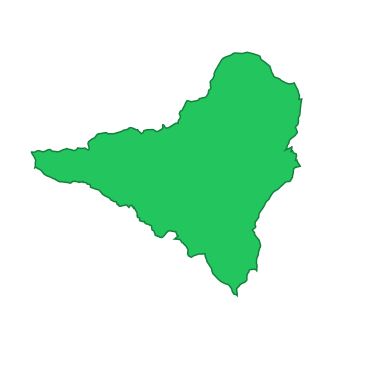 the district of Toplita, Harghita, Romania, rotated 68°
{"feature_id": "2599482B58204305263663", "entity_name": "Toplita", "entity_type": "district", "adm_level": 2, "iso_a3": "ROU", "parent_name": "Romania", "parent_adm1": "Harghita", "projection": "equal_earth", "projection_center": [25.313, 46.98], "detail": "fine", "context": "isolated", "style": "filled", "palette": "green", "viewbox_px": 384, "rotation_deg": 68, "n_neighbors": 0, "source": "geoboundaries", "source_scale": "gbopen_adm2", "svg_char_len": 5985}
<svg xmlns="http://www.w3.org/2000/svg" viewBox="0 0 384 384"><g transform="rotate(68 192 192)"><path d="M110.7,328.6L110.6,327.9L111.1,327.0L112.3,326.4L113.5,325.2L115.1,324.0L117.0,323.3L119.7,322.6L121.7,321.2L123.0,320.2L123.4,319.5L124.2,318.8L125.2,317.6L128.1,315.2L128.7,314.0L129.6,313.8L132.7,311.2L133.4,309.6L136.5,304.0L138.3,301.3L137.5,298.3L137.5,298.0L137.9,297.6L138.5,296.2L139.8,294.1L140.8,293.1L140.7,292.1L141.3,291.1L141.3,289.5L142.4,289.3L142.5,288.8L143.0,287.8L144.3,286.2L145.4,286.2L146.6,284.1L147.9,283.8L149.6,284.3L153.6,279.7L154.9,277.9L156.5,277.0L160.7,275.7L163.0,274.1L166.7,270.7L169.2,270.1L169.6,269.8L169.7,269.3L169.9,269.1L171.2,268.4L172.2,266.9L172.4,266.0L175.8,265.9L175.9,264.9L177.2,265.0L178.0,264.6L178.6,262.8L178.9,260.3L179.1,258.8L179.5,257.6L182.7,256.2L181.3,254.4L181.9,252.8L182.4,252.6L183.3,252.9L183.6,252.6L184.2,251.7L185.1,252.1L185.2,251.6L185.5,251.7L185.5,251.4L190.3,250.8L191.7,250.9L193.0,251.6L193.4,251.3L193.8,251.8L194.8,252.0L195.5,251.6L196.4,250.4L198.9,251.3L199.6,250.6L201.4,248.1L201.4,247.7L201.6,247.1L201.9,247.0L202.0,247.2L203.7,247.1L204.0,246.8L205.4,244.9L206.9,243.5L207.2,243.5L207.4,242.8L208.0,242.4L209.0,242.3L210.2,242.9L212.4,243.2L213.5,242.2L214.1,241.9L218.5,242.2L219.3,241.3L219.4,240.8L220.4,240.3L220.5,239.8L222.0,238.6L222.8,237.4L222.9,236.4L222.4,234.8L220.2,230.9L219.3,228.7L219.8,227.2L219.7,226.5L221.0,225.2L221.7,223.6L222.4,222.9L222.8,221.9L226.7,222.0L227.5,221.3L228.0,222.2L228.4,224.0L228.8,224.7L229.1,225.8L230.6,222.7L230.9,222.4L231.1,221.6L232.0,220.8L232.9,220.5L234.4,220.5L235.4,220.1L235.7,219.5L236.2,219.2L237.1,219.1L240.3,217.7L241.9,217.6L243.1,217.3L244.1,217.3L247.4,219.1L248.7,219.2L249.9,219.1L252.3,217.1L251.8,214.6L252.0,209.0L253.2,206.3L254.0,203.2L256.3,203.8L258.5,203.9L259.8,203.7L261.1,204.1L262.1,204.2L270.7,202.5L272.0,203.0L274.3,203.2L275.7,203.1L283.2,200.1L286.0,198.6L289.1,195.9L291.7,192.8L295.3,191.8L296.6,191.6L299.6,191.9L302.3,191.4L303.0,190.6L303.5,189.6L305.0,188.9L302.2,187.9L301.1,187.7L298.5,187.0L297.8,185.8L296.6,182.9L295.7,182.2L295.8,182.0L295.4,178.6L295.5,176.8L294.4,174.4L294.0,174.0L290.9,172.8L289.3,171.8L287.8,170.1L287.5,169.3L286.1,168.4L285.8,167.4L285.9,166.7L286.9,163.3L287.4,162.4L288.3,161.8L289.2,161.5L285.0,159.4L281.8,158.8L278.5,157.3L277.1,156.2L275.5,154.4L272.0,152.4L270.8,151.3L270.5,151.2L269.1,150.0L268.8,149.4L267.1,148.4L261.9,147.8L256.8,149.4L254.5,149.8L252.9,149.2L252.4,149.6L249.8,150.3L249.3,148.7L248.9,147.0L248.1,145.9L245.6,145.8L243.0,144.2L242.9,143.2L241.8,141.9L240.8,139.9L237.8,138.3L236.9,137.6L235.3,135.3L233.0,131.6L228.8,126.9L227.5,123.3L225.8,121.4L223.1,117.6L222.2,115.5L222.2,114.4L221.8,113.0L221.8,111.8L217.8,101.3L218.3,99.0L218.7,98.2L218.6,97.3L218.7,96.6L218.1,95.9L217.4,95.5L217.3,95.0L216.3,93.9L216.3,93.6L213.9,92.2L213.5,92.1L213.0,91.5L212.1,90.8L210.2,90.0L208.4,88.8L208.1,88.0L208.0,86.8L208.4,83.5L208.8,82.1L208.7,81.9L205.3,82.7L203.1,83.0L201.7,82.7L201.4,84.1L196.9,81.2L195.6,81.2L193.6,83.4L191.4,83.3L191.5,85.0L187.2,82.0L187.9,83.1L188.1,89.7L186.9,87.7L184.8,86.4L183.9,85.4L183.3,84.2L182.1,83.5L180.6,82.1L179.8,80.9L179.1,78.1L178.3,75.3L176.3,72.0L175.7,71.8L170.8,71.8L170.0,71.1L169.4,69.1L168.3,68.0L166.4,66.8L163.1,65.6L162.4,65.0L161.7,63.8L160.9,63.2L151.5,58.3L146.9,55.4L146.4,58.1L145.8,58.1L145.3,57.5L142.8,56.2L140.9,56.2L136.7,55.7L134.7,56.0L129.0,56.4L129.2,57.3L129.1,58.6L128.6,59.4L128.5,60.9L128.0,61.8L126.1,64.0L122.3,67.3L120.4,68.2L119.5,68.9L118.3,70.1L116.9,71.9L116.1,72.5L115.0,72.9L113.4,72.8L111.1,73.2L104.6,72.7L98.6,76.0L95.0,78.3L94.0,78.4L92.7,78.1L91.3,78.3L90.0,79.6L86.1,84.3L83.3,88.3L82.9,89.4L82.6,92.7L82.1,94.2L79.4,99.7L79.0,101.0L79.0,101.8L79.7,104.9L79.4,110.5L79.8,113.3L80.5,114.8L81.5,116.3L82.2,117.1L85.1,121.0L86.5,122.5L87.3,123.8L88.6,125.3L90.6,127.2L92.0,127.6L92.9,128.2L94.7,130.1L96.1,133.3L97.0,134.1L97.7,134.1L100.8,135.2L101.9,135.2L102.5,135.5L103.2,136.2L103.6,136.8L103.8,138.1L104.7,139.0L106.5,139.8L108.5,142.5L109.0,143.3L109.2,144.3L109.1,145.3L108.7,146.4L108.5,148.6L108.1,150.2L108.9,150.9L109.1,151.3L109.0,154.4L108.3,157.0L108.3,158.0L107.9,159.0L105.4,162.3L107.3,164.9L108.8,166.1L109.9,167.6L112.5,170.5L112.7,171.0L112.5,171.8L112.8,172.5L113.5,173.5L114.9,174.5L115.7,174.6L117.1,174.2L117.5,174.3L119.3,175.7L119.7,176.3L120.1,177.1L121.8,178.8L123.1,179.3L122.3,180.9L122.2,182.3L122.6,183.4L122.5,184.1L123.0,185.4L123.0,186.3L123.3,187.4L123.5,189.1L123.3,191.6L122.3,192.7L120.1,192.9L119.0,193.4L118.7,193.8L119.3,194.3L121.9,195.2L122.5,196.7L122.5,197.5L122.7,198.2L122.7,199.0L123.1,200.9L122.6,202.1L121.8,203.1L120.1,204.1L119.7,204.5L119.1,205.6L118.4,208.0L117.9,208.9L117.3,211.1L117.3,212.2L117.1,213.0L117.1,213.7L117.4,214.1L118.3,214.6L118.5,215.0L118.7,215.4L118.8,217.4L117.0,217.9L115.4,218.8L113.8,219.1L113.7,219.6L113.9,219.8L113.1,220.8L111.9,221.6L111.8,222.0L110.8,222.7L110.8,223.0L109.8,223.9L109.3,224.8L109.1,226.3L109.4,227.3L109.9,228.1L109.9,228.4L109.5,229.0L109.6,230.6L109.0,232.0L109.5,234.0L109.3,235.0L109.3,237.4L109.0,238.6L108.8,242.1L108.4,242.9L108.3,243.9L107.1,246.4L106.7,248.0L105.1,249.0L104.3,250.6L103.9,253.5L102.9,257.1L103.2,258.6L104.7,260.9L105.3,262.4L105.5,265.6L105.6,266.0L106.1,266.7L106.2,268.0L106.6,268.9L107.4,269.8L108.4,270.4L112.7,270.8L114.1,271.8L114.2,272.1L113.3,273.3L111.1,274.9L110.9,275.2L110.8,276.9L110.4,277.3L109.9,278.8L109.3,279.7L109.1,280.5L108.3,281.3L109.5,283.4L109.7,284.7L109.0,286.5L106.8,289.0L106.5,290.2L104.8,291.7L104.8,293.5L104.5,295.7L104.7,297.8L104.7,300.0L104.6,301.0L104.2,301.9L102.7,304.4L102.4,305.3L102.1,305.9L101.6,306.4L99.8,307.3L99.2,308.1L98.9,309.7L99.2,314.2L98.2,316.3L96.6,317.9L96.3,318.5L95.8,320.3L96.2,322.0L96.0,323.2L95.6,324.4L94.8,325.6L94.9,325.9L96.6,325.9L97.7,325.8L99.2,325.3L102.7,325.0L104.4,325.2L106.7,326.6L108.6,327.2L110.7,328.6Z" fill="#22c55e" stroke="#15803d" stroke-width="1.5"/></g></svg>